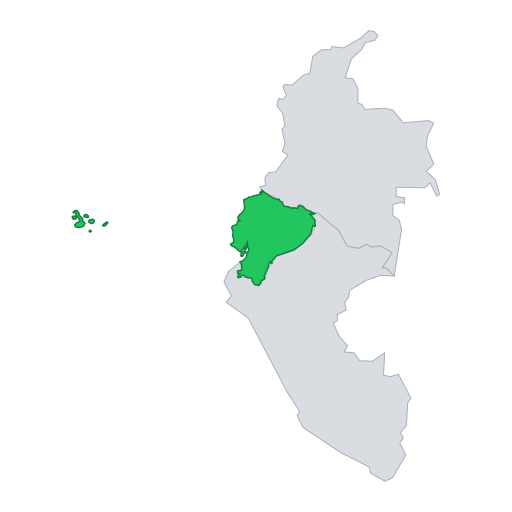 Ecuador shown with its bordering countries
{"feature_id": "ECU", "entity_name": "Ecuador", "entity_type": "country or territory", "adm_level": 0, "iso_a3": "ECU", "parent_name": "South America", "parent_adm1": "", "projection": "albers", "projection_center": [-81.617, -1.768], "detail": "fine", "context": "with_neighbors", "style": "filled", "palette": "green", "viewbox_px": 512, "rotation_deg": 0, "n_neighbors": 2, "source": "natural_earth", "source_scale": "50m", "svg_char_len": 6074}
<svg xmlns="http://www.w3.org/2000/svg" viewBox="0 0 512 512"><path d="M394.1,276.1L380.8,275.3L366.7,280.2L349.7,290.2L348.6,297.1L344.8,302.2L346.2,310.2L337.3,314.4L337.3,320.6L333.3,323.3L339.4,336.6L347.5,345.6L344.3,351.9L354.1,352.9L359.6,360.8L372.5,361.2L384.7,352.7L383.5,375.0L390.1,376.7L398.4,374.3L410.9,398.0L407.7,402.9L406.4,425.5L400.6,432.6L403.2,438.0L399.8,442.9L405.9,455.0L392.6,477.7L385.0,481.3L370.5,472.9L369.3,467.1L340.4,452.4L303.1,427.5L297.1,415.5L299.5,411.3L287.2,392.1L248.3,318.1L226.4,302.4L231.2,295.8L224.0,281.7L228.6,271.4L240.4,262.0L242.2,268.2L238.0,271.7L238.4,277.1L250.4,277.6L256.6,285.1L265.0,279.0L267.8,269.0L276.9,256.2L294.7,250.4L310.9,235.0L315.5,225.4L313.5,214.1L317.5,212.7L338.8,230.7L347.4,246.3L358.4,248.2L366.6,244.3L371.9,247.0L380.8,245.8L392.1,252.8L382.4,267.8L386.8,268.2L394.1,276.1Z" fill="#d9dde1" stroke="#a8b0b8" stroke-width="1"/><path d="M439.7,194.5L436.9,196.3L430.0,182.8L425.1,187.8L396.2,187.2L396.2,196.4L404.9,198.0L404.4,203.7L401.4,202.1L393.0,204.5L392.8,215.2L399.4,220.7L401.6,229.2L394.1,276.1L386.8,268.2L382.4,267.8L392.1,252.8L380.8,245.8L371.9,247.0L366.6,244.3L358.4,248.2L347.4,246.3L338.8,230.7L317.5,212.7L313.5,214.1L300.0,205.6L295.7,208.0L283.2,205.9L279.6,199.5L262.0,191.3L260.0,186.7L265.5,185.6L264.9,178.2L268.4,172.8L275.8,171.9L287.8,154.9L282.3,151.4L285.1,142.9L281.8,129.5L285.0,125.7L282.7,113.3L276.7,105.5L278.7,98.4L283.5,99.5L286.3,95.2L282.9,86.6L284.7,84.5L292.4,85.0L303.6,74.9L309.8,73.4L312.8,56.4L321.4,49.8L330.8,49.6L332.0,46.6L343.7,47.9L361.4,37.6L368.7,30.7L374.0,31.6L377.9,35.4L375.0,40.2L365.4,42.6L361.5,49.7L351.3,59.1L345.2,77.8L352.9,78.8L358.0,88.7L357.8,103.0L361.5,104.3L365.0,109.4L384.2,108.2L392.8,110.1L403.2,122.8L428.5,120.6L433.7,123.2L427.5,135.9L426.2,146.4L433.8,164.0L426.1,171.2L435.4,179.7L439.7,194.5Z" fill="#d9dde1" stroke="#a8b0b8" stroke-width="1"/><path d="M314.9,213.4L314.0,214.0L313.2,214.0L312.0,214.2L310.4,213.7L309.8,213.7L309.7,214.2L310.8,214.8L311.8,215.5L312.1,216.6L312.8,217.9L314.2,219.4L315.1,220.1L315.2,220.6L314.9,221.5L314.8,222.3L315.3,226.0L315.0,226.2L314.4,226.2L313.8,226.2L313.4,225.8L313.0,225.5L312.8,226.1L312.3,227.7L311.4,231.3L310.5,234.5L309.4,235.6L307.9,237.4L305.8,239.8L302.8,243.4L300.5,245.0L298.8,246.3L296.7,247.8L294.0,249.7L291.0,250.8L286.9,252.3L283.9,253.3L281.8,254.1L279.5,254.8L276.5,255.8L275.4,256.8L273.5,259.2L272.6,260.3L271.7,261.3L271.6,261.7L271.7,262.0L272.1,262.5L272.1,263.0L271.6,263.3L271.1,263.3L270.9,263.1L270.7,262.5L270.3,262.0L269.7,261.8L269.4,262.0L269.3,262.5L268.6,264.9L268.5,266.1L268.2,266.5L268.2,267.6L267.5,268.6L267.1,269.4L266.9,270.2L266.3,270.7L266.1,271.5L265.5,273.2L264.8,274.6L264.4,275.7L264.3,276.6L264.6,277.2L264.8,277.7L264.4,278.5L264.3,279.2L263.4,279.6L261.7,280.7L261.0,281.4L260.7,282.3L260.9,283.0L260.8,283.6L260.0,283.8L259.7,284.3L259.1,285.2L258.5,285.5L256.9,285.0L255.7,285.0L254.7,284.6L253.7,283.3L252.9,282.2L252.2,280.8L252.0,278.8L251.1,278.3L250.2,277.6L249.1,277.8L247.9,277.9L247.2,277.4L245.4,276.6L243.9,275.7L242.8,275.2L242.0,275.4L241.5,276.0L240.5,277.0L239.2,277.7L238.6,277.7L237.8,277.2L237.7,276.7L238.3,275.8L239.7,273.9L238.2,273.9L237.7,273.3L237.6,272.6L237.4,271.9L237.6,271.0L238.4,270.5L239.6,270.9L240.4,270.9L240.9,270.1L241.5,269.7L242.0,269.4L242.2,269.0L241.7,267.7L241.5,267.0L241.7,266.6L241.7,265.7L241.6,265.1L241.3,264.6L241.3,263.8L241.0,263.3L240.9,262.9L240.9,262.3L240.5,262.0L240.1,261.8L240.4,261.6L242.5,260.8L243.4,260.1L244.5,259.4L245.4,258.4L246.1,257.4L247.5,252.7L248.9,249.8L248.7,248.4L247.6,246.5L247.3,243.7L247.4,242.9L247.3,242.2L246.5,243.4L246.7,247.5L246.0,249.3L245.1,249.8L244.5,249.5L244.8,246.5L244.1,247.0L243.0,249.0L241.2,250.6L241.1,251.1L240.7,251.7L239.3,251.1L238.3,250.5L234.8,247.1L232.5,246.4L231.1,245.2L230.8,244.7L230.7,244.0L232.1,243.3L233.5,242.3L233.7,240.2L233.6,238.6L232.6,235.8L233.1,232.1L232.8,230.6L231.6,227.6L232.5,226.0L235.7,224.9L236.8,224.2L237.5,221.7L238.2,220.3L239.7,220.9L240.8,220.8L239.3,220.3L238.0,218.1L237.8,217.1L240.2,214.1L241.5,213.3L243.0,211.7L244.3,209.3L244.6,205.6L244.1,202.9L243.7,200.0L244.5,199.3L246.4,198.9L248.0,198.0L248.8,197.1L250.7,197.3L252.9,196.0L256.4,195.3L261.3,193.8L262.4,192.5L261.9,190.2L262.4,190.5L263.7,191.6L264.6,192.7L266.0,193.4L267.1,194.0L270.0,196.2L272.0,197.4L274.1,198.4L277.2,199.5L279.1,199.3L279.5,200.1L279.9,201.0L280.6,201.5L281.7,202.0L282.3,202.1L282.5,202.3L283.2,205.4L283.6,205.9L285.1,206.4L287.0,206.6L287.8,206.5L289.4,207.4L290.6,207.8L292.0,208.1L292.9,208.2L293.3,208.1L293.5,207.7L294.2,207.8L295.3,208.2L296.9,208.3L297.9,207.9L298.1,207.3L298.2,206.2L298.5,205.8L299.7,205.2L300.3,205.3L303.3,206.7L303.9,207.2L304.6,208.2L306.0,209.6L307.6,210.5L309.9,210.9L312.2,212.4L314.9,213.4ZM77.9,211.8L78.8,212.8L79.4,215.5L82.4,218.3L82.7,219.9L82.5,220.7L82.6,221.0L84.1,222.1L85.0,223.3L83.5,226.1L80.1,227.3L76.6,227.3L75.9,227.0L74.9,225.9L74.7,225.0L75.3,224.1L77.1,222.7L79.9,221.4L80.2,220.5L79.1,219.6L78.3,217.7L76.5,216.5L75.6,212.6L75.0,212.4L73.8,212.9L73.2,212.5L73.1,212.2L74.4,211.3L74.7,210.7L76.6,210.4L77.4,210.9L77.9,211.8ZM91.9,223.5L91.1,223.5L88.8,222.1L88.9,220.7L89.9,219.8L92.8,219.3L94.1,220.1L94.0,221.8L93.0,223.1L92.2,223.3L91.9,223.5ZM243.0,255.6L242.7,256.2L241.3,256.2L240.9,256.0L240.9,255.3L241.2,253.2L241.6,252.4L242.8,251.5L243.7,251.1L245.0,251.2L246.3,252.0L244.7,253.4L243.9,253.6L243.5,253.7L243.0,255.6ZM75.7,219.0L74.2,219.3L72.9,218.8L72.4,218.0L72.3,216.9L72.4,216.5L75.2,216.0L76.1,217.0L76.1,218.5L75.7,219.0ZM105.5,225.5L103.7,226.1L103.1,225.8L102.7,225.5L102.7,225.2L103.6,224.2L104.6,223.7L105.4,222.7L106.9,222.1L107.4,222.2L107.7,222.4L107.8,222.8L107.3,223.6L106.4,224.2L105.5,225.5ZM88.3,217.1L87.6,217.5L84.8,217.0L83.9,216.2L84.6,215.0L85.2,214.5L86.9,214.9L88.6,216.2L88.3,217.1ZM90.6,231.9L90.0,232.0L89.2,231.3L89.8,230.2L90.5,230.5L91.0,230.8L91.3,231.2L90.6,231.9ZM261.2,193.1L260.3,193.2L260.0,192.5L261.0,191.7L261.3,191.6L261.2,193.1Z" fill="#22c55e" stroke="#15803d" stroke-width="1.5"/></svg>